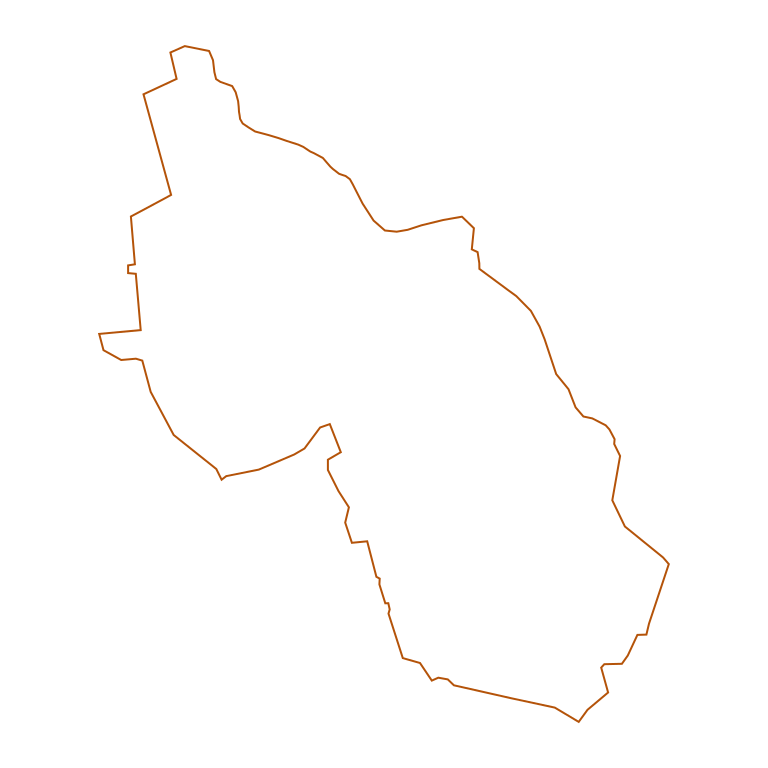 Al Kamlin, Gezira, Sudan
{"feature_id": "16777658B48918222085465", "entity_name": "Al Kamlin", "entity_type": "district", "adm_level": 2, "iso_a3": "SDN", "parent_name": "Sudan", "parent_adm1": "Gezira", "projection": "equal_earth", "projection_center": [32.926, 15.143], "detail": "fine", "context": "isolated", "style": "outline", "palette": "amber", "viewbox_px": 768, "rotation_deg": 0, "n_neighbors": 0, "source": "geoboundaries", "source_scale": "gbopen_adm2", "svg_char_len": 1687}
<svg xmlns="http://www.w3.org/2000/svg" viewBox="0 0 768 768"><path d="M646.4,634.6L649.0,623.7L668.8,564.1L663.1,557.5L624.9,526.5L612.3,500.3L620.1,456.0L614.2,444.0L614.6,439.2L609.4,429.4L605.7,425.3L592.3,418.4L583.4,416.5L575.6,407.4L568.5,389.2L556.2,374.1L544.6,339.2L539.6,326.6L530.9,310.9L516.3,296.1L508.2,290.2L479.4,268.9L479.3,263.2L477.6,252.1L471.8,249.4L473.9,228.2L462.3,217.0L461.9,216.7L443.2,220.0L421.5,225.3L407.7,229.8L396.7,231.7L384.9,230.5L373.6,220.6L362.6,203.6L360.3,199.1L355.6,189.9L352.7,184.2L349.9,179.2L345.6,176.0L342.5,175.0L339.1,173.8L332.9,169.0L330.3,166.6L326.4,162.1L322.9,158.0L313.8,153.1L310.4,151.6L308.1,150.1L303.3,146.9L298.2,144.6L286.6,140.9L278.6,138.1L269.0,135.2L264.2,133.9L255.1,131.5L248.5,127.4L242.7,123.5L240.1,119.0L239.6,115.3L239.0,111.8L238.7,106.8L238.1,101.1L235.7,92.3L232.2,86.1L220.4,81.9L216.1,79.1L214.4,72.2L213.0,60.2L209.1,51.0L184.8,46.1L170.4,52.5L176.6,78.9L143.5,94.3L171.1,194.9L165.1,198.2L130.9,216.5L134.9,264.3L128.1,265.4L128.1,273.1L135.8,273.8L140.7,330.1L99.2,333.9L103.5,350.2L121.2,360.0L135.9,358.7L142.3,360.6L150.7,391.9L173.7,435.0L216.3,469.0L221.6,479.7L226.3,476.1L258.8,469.6L294.2,454.5L304.5,448.5L320.1,427.5L329.8,424.1L340.8,452.2L327.9,459.7L327.9,470.0L338.5,491.1L348.9,507.3L345.2,522.6L351.9,542.8L367.2,541.3L376.4,576.8L379.7,578.6L379.4,584.4L385.3,603.3L388.3,603.2L389.7,609.4L388.5,613.6L402.8,658.1L413.7,661.2L420.0,663.0L431.8,680.6L438.3,677.7L447.8,679.4L453.9,685.3L493.8,694.3L511.5,698.3L554.8,707.6L578.7,721.9L587.5,709.8L608.1,692.5L601.2,667.6L604.3,664.2L621.9,663.8L627.8,655.5L637.4,634.9L646.4,634.6Z" fill="none" stroke="#b45309" stroke-width="2"/></svg>